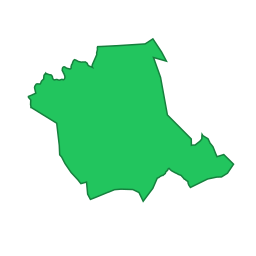 outline of San Agustín Atenango, Oaxaca, Mexico, rotated 332°
{"feature_id": "50627088B1343071024100", "entity_name": "San Agustín Atenango", "entity_type": "district", "adm_level": 2, "iso_a3": "MEX", "parent_name": "Mexico", "parent_adm1": "Oaxaca", "projection": "albers", "projection_center": [-97.996, 17.585], "detail": "fine", "context": "isolated", "style": "filled", "palette": "green", "viewbox_px": 256, "rotation_deg": 332, "n_neighbors": 0, "source": "geoboundaries", "source_scale": "gbopen_adm2", "svg_char_len": 2628}
<svg xmlns="http://www.w3.org/2000/svg" viewBox="0 0 256 256"><g transform="rotate(332 128 128)"><path d="M193.3,86.7L193.3,76.6L191.8,61.0L182.6,61.8L157.4,50.4L146.1,45.1L140.2,42.3L140.1,42.2L139.4,41.9L138.6,42.7L137.9,44.3L136.8,45.6L135.6,46.9L134.8,48.6L126.7,55.0L126.0,55.6L125.1,56.9L125.1,57.5L125.1,57.9L124.7,57.4L124.2,56.6L123.3,55.7L122.6,54.8L122.3,53.9L122.1,53.1L122.4,51.8L121.4,49.7L120.4,49.2L118.7,48.3L117.5,47.9L116.5,46.8L115.7,46.3L115.1,45.5L114.6,44.7L114.3,44.2L114.2,44.0L113.8,43.6L113.0,42.6L112.1,42.7L111.3,43.0L110.8,43.5L110.4,43.7L109.8,44.2L109.3,44.9L108.8,45.2L108.2,45.5L107.7,45.8L107.1,46.5L106.3,47.4L106.1,48.2L105.2,48.8L104.2,48.6L103.7,47.9L103.0,47.4L102.5,46.9L101.9,46.4L101.6,45.9L101.3,45.3L101.0,44.7L100.5,44.1L99.8,43.8L99.1,43.9L98.5,44.2L97.8,44.9L96.9,46.4L97.0,47.8L96.8,49.1L97.0,49.8L96.8,50.7L96.7,51.4L96.7,51.9L96.4,53.0L96.2,53.6L95.2,54.6L94.8,54.9L94.4,55.1L94.0,55.1L93.3,55.0L93.0,54.4L92.2,53.9L89.9,53.6L88.8,52.7L88.3,52.0L87.5,51.5L85.6,51.0L85.2,50.6L84.8,49.5L84.8,48.5L85.2,47.7L85.3,47.3L85.3,46.1L85.3,45.8L85.1,45.2L84.7,44.8L84.2,44.4L83.7,44.1L83.0,43.4L81.8,42.0L81.0,41.8L81.1,40.9L78.6,42.0L76.9,44.5L76.6,45.1L73.6,46.0L72.0,47.4L71.0,47.9L68.4,46.3L67.5,46.2L65.3,47.4L64.4,48.5L62.9,54.0L56.8,53.6L54.9,53.4L54.5,54.3L55.3,57.6L52.9,61.7L52.4,63.6L52.0,63.9L51.8,65.0L52.2,64.5L67.3,90.3L59.2,111.0L55.1,119.6L55.8,122.5L55.7,129.5L55.8,130.9L56.0,132.6L56.9,140.6L59.4,150.0L60.3,155.0L66.0,156.3L61.3,167.5L61.3,167.9L61.3,173.4L65.6,173.9L69.5,174.3L79.8,175.3L81.7,175.6L81.8,175.6L82.0,175.6L87.1,176.1L93.1,178.7L103.4,184.6L107.4,190.1L107.4,190.4L107.0,199.8L116.3,195.4L121.5,193.0L130.3,186.0L132.0,186.2L133.1,185.9L135.8,185.9L136.6,186.3L137.6,186.0L138.7,185.9L139.3,185.6L139.6,185.6L141.0,184.4L141.7,184.3L142.0,184.1L142.6,184.1L143.0,183.7L143.5,183.7L144.1,183.1L144.7,182.8L145.4,183.0L145.7,184.5L146.4,186.2L148.8,189.9L149.5,190.7L150.3,191.9L150.6,192.5L152.3,194.4L152.6,194.7L153.5,198.3L153.6,199.3L154.0,199.9L154.5,200.4L154.7,201.4L154.9,201.9L155.6,202.9L155.8,203.3L155.4,204.3L155.1,205.2L154.9,206.9L155.1,208.9L155.2,209.8L174.4,210.4L183.3,213.0L187.6,215.1L194.6,214.6L204.2,209.5L200.6,198.0L200.1,196.4L193.1,195.1L193.4,191.5L194.2,184.6L193.9,182.7L193.6,181.2L193.3,179.9L193.4,178.9L193.6,175.1L190.5,169.9L190.4,168.4L189.6,169.6L188.1,172.2L186.5,173.0L185.4,173.4L184.0,173.7L182.2,174.0L180.5,174.3L179.7,174.5L178.9,174.4L177.6,173.7L176.0,173.0L175.9,173.0L178.7,167.4L168.9,135.0L180.5,98.6L183.6,77.7L193.3,87.0L193.3,86.7Z" fill="#22c55e" stroke="#15803d" stroke-width="1.5"/></g></svg>